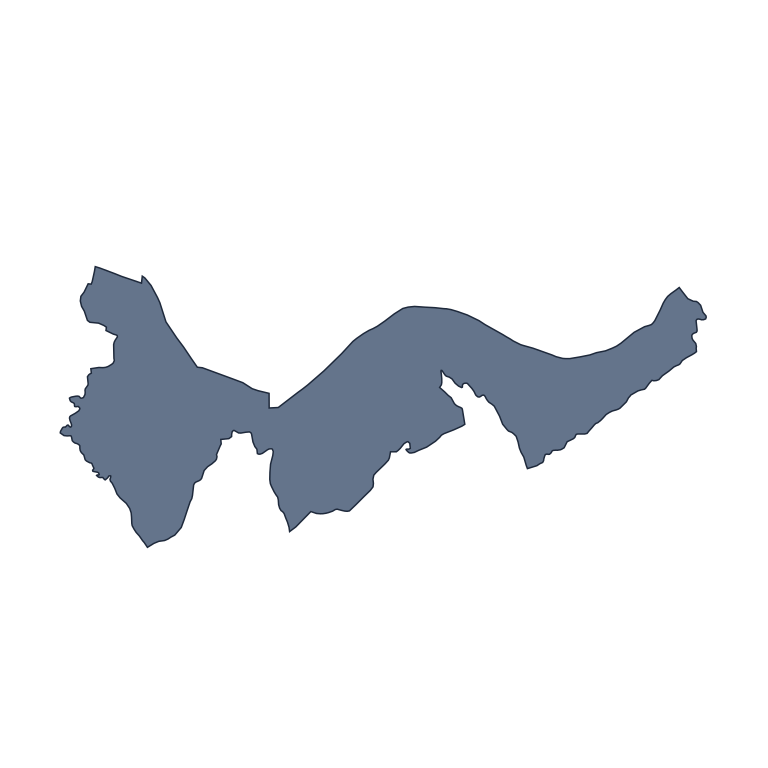 Thanh Thuy, Phú Thọ, Vietnam, rotated 265°
{"feature_id": "81297802B73795447547430", "entity_name": "Thanh Thuy", "entity_type": "district", "adm_level": 2, "iso_a3": "VNM", "parent_name": "Vietnam", "parent_adm1": "Phú Thọ", "projection": "albers", "projection_center": [105.283, 21.123], "detail": "fine", "context": "isolated", "style": "filled", "palette": "slate", "viewbox_px": 768, "rotation_deg": 265, "n_neighbors": 0, "source": "geoboundaries", "source_scale": "gbopen_adm2", "svg_char_len": 6073}
<svg xmlns="http://www.w3.org/2000/svg" viewBox="0 0 768 768"><g transform="rotate(265 384 384)"><path d="M526.1,106.6L521.2,105.3L511.3,102.2L509.0,101.0L509.6,98.0L501.6,93.2L497.8,89.7L493.2,88.7L487.7,89.5L482.7,91.8L473.2,94.1L471.1,96.4L469.5,105.0L466.7,110.1L464.8,112.4L461.5,111.7L457.3,118.7L456.1,121.7L455.6,122.4L454.1,122.5L451.3,120.2L449.2,118.9L446.8,118.1L433.1,117.2L431.0,117.4L430.1,117.0L428.2,115.8L427.0,113.8L425.5,110.7L424.9,108.4L424.8,106.8L424.8,105.3L425.3,101.4L424.8,93.3L420.3,93.4L419.5,91.6L418.8,90.6L417.1,89.2L410.0,89.3L408.6,88.9L405.2,86.0L403.8,85.6L401.8,85.6L399.6,85.2L396.7,83.4L396.2,81.6L396.4,80.6L398.3,79.1L398.7,77.5L398.7,75.8L398.3,71.8L397.9,70.3L397.3,69.4L395.3,69.8L394.6,70.0L393.4,71.0L392.2,73.1L391.4,73.8L389.1,73.8L388.6,73.9L388.2,75.1L388.3,77.4L387.0,78.6L385.8,78.9L383.9,77.6L381.8,74.0L379.5,68.9L378.7,68.1L377.5,67.7L375.1,68.0L371.7,69.0L370.3,69.2L368.9,68.9L368.3,68.0L369.0,67.0L370.6,65.8L370.6,64.9L368.9,62.9L369.0,61.4L368.7,60.3L367.8,59.5L365.0,57.6L363.5,57.2L360.5,60.7L359.9,63.8L359.8,67.0L359.5,67.7L358.3,68.1L354.7,68.5L353.3,69.6L352.1,71.0L351.3,73.2L350.1,74.8L348.9,75.6L346.3,75.4L344.1,75.6L342.1,76.5L339.4,78.8L334.6,79.7L333.2,80.9L332.2,82.4L331.2,84.0L330.8,85.3L330.3,86.0L328.0,86.7L325.6,87.6L325.0,87.6L323.5,86.2L322.4,86.4L321.9,87.9L321.1,90.8L320.4,91.9L318.6,92.4L318.2,91.7L318.4,90.3L317.9,89.7L316.2,91.3L315.5,92.9L315.5,94.7L315.4,95.7L313.9,96.7L313.0,97.5L312.8,98.0L314.7,100.6L316.3,101.8L316.5,103.2L316.1,103.8L314.7,103.5L312.9,102.7L311.1,103.0L308.8,104.6L303.5,106.7L297.7,108.4L293.5,111.2L287.5,116.9L282.2,119.8L277.7,120.9L273.4,120.9L267.0,120.6L264.8,120.8L261.3,122.3L257.7,124.2L254.0,127.0L248.9,129.9L247.0,131.3L241.9,134.1L245.3,140.9L246.9,146.0L247.2,151.8L248.4,155.4L250.0,158.3L251.7,162.4L258.7,169.5L266.5,173.2L274.7,176.7L283.6,180.6L286.5,182.5L289.7,183.5L300.1,185.6L301.9,186.8L302.8,188.3L303.7,191.1L304.6,192.9L305.9,194.1L313.5,197.3L317.0,201.1L319.5,205.6L322.1,209.2L323.6,210.5L326.1,211.3L328.3,211.0L336.6,215.4L338.5,216.6L343.0,216.6L343.1,224.7L344.9,227.6L347.4,227.9L349.7,228.6L350.8,229.9L350.8,230.7L347.9,234.9L347.6,237.2L348.0,242.2L348.0,245.8L347.1,247.1L345.7,247.7L337.7,248.4L332.9,249.9L330.1,251.7L325.7,251.8L325.1,252.9L324.9,254.3L325.5,256.8L328.7,262.3L329.3,263.9L329.3,266.1L328.8,267.1L326.4,267.8L322.6,267.0L314.0,264.0L306.1,262.7L298.9,261.9L294.6,262.1L291.7,263.0L286.3,265.1L282.9,266.8L280.6,268.2L277.7,268.6L273.0,268.5L269.4,269.2L266.9,270.4L265.6,271.9L263.7,273.2L259.2,274.4L254.8,275.8L249.5,276.9L245.2,277.1L249.3,283.7L263.3,300.0L260.9,305.5L260.3,309.1L260.1,311.6L260.3,314.8L260.7,317.4L261.8,321.7L263.2,324.5L263.4,326.4L261.7,331.0L260.8,333.9L260.4,336.2L260.6,338.5L266.9,346.3L273.9,354.6L279.2,361.1L282.5,364.1L285.9,364.8L290.1,364.7L294.1,365.9L296.6,368.5L304.2,377.9L307.7,381.7L309.9,382.9L315.9,384.6L315.4,390.4L316.7,392.4L318.4,394.5L322.8,398.7L324.2,401.4L324.5,402.8L322.7,404.5L317.6,404.6L316.9,402.9L317.2,401.2L316.9,400.3L316.0,400.6L313.9,402.4L313.1,403.4L312.9,405.1L313.2,408.3L314.9,412.8L317.4,421.0L322.5,430.3L326.0,434.8L328.0,436.7L329.3,439.4L332.2,449.3L335.2,457.9L336.8,461.0L351.5,459.9L352.9,459.6L353.9,458.3L354.7,456.7L355.7,455.0L356.8,453.7L358.3,452.4L364.5,449.7L367.1,446.9L370.8,443.8L375.7,439.1L378.2,441.1L380.4,441.7L384.2,442.0L388.9,442.0L391.9,441.8L392.6,442.2L392.4,442.9L387.6,445.6L386.4,446.7L385.1,449.7L383.0,452.3L378.6,454.9L375.4,458.1L373.7,461.0L374.0,461.8L376.2,462.1L377.4,463.1L377.7,464.4L377.7,466.0L377.3,467.1L372.0,471.1L368.8,473.0L365.1,474.4L364.2,475.1L363.0,476.4L362.7,477.7L363.1,479.0L364.2,480.8L364.3,482.0L363.9,482.9L362.7,483.7L360.6,484.5L358.7,485.5L356.7,486.9L354.5,489.7L352.3,491.9L341.9,496.3L333.6,498.7L328.0,502.5L326.3,503.9L324.6,507.2L323.1,508.8L320.4,511.1L314.6,512.5L308.4,513.3L304.0,514.6L299.0,516.9L290.5,518.6L287.2,519.5L289.3,529.2L291.0,532.3L292.0,535.2L293.7,536.3L295.5,536.7L298.5,537.9L299.7,538.6L300.0,540.2L299.6,541.5L299.6,542.8L300.9,544.5L302.7,545.7L303.1,546.7L303.1,549.6L302.9,550.8L303.1,554.1L303.6,555.5L304.8,557.9L310.5,561.4L311.1,562.9L311.7,564.6L313.0,567.9L314.1,569.4L316.1,570.4L317.1,571.2L317.3,572.5L316.7,579.6L317.1,582.0L319.2,584.0L322.1,587.1L324.9,589.9L326.2,591.5L326.8,593.6L329.1,597.0L330.9,599.1L334.2,602.6L336.0,606.0L337.2,609.1L338.0,613.3L338.6,615.4L339.3,616.9L345.1,623.9L349.0,626.4L350.2,627.8L351.5,628.9L355.0,636.4L355.7,639.7L356.1,643.1L357.0,644.3L361.7,648.4L364.3,651.2L363.7,653.1L363.7,655.6L364.4,658.2L368.0,662.1L372.1,669.1L375.7,674.2L376.8,677.0L377.4,679.2L378.2,680.6L381.4,683.2L383.9,687.7L386.3,693.3L387.7,696.1L389.0,698.1L392.3,698.1L394.2,698.5L397.2,698.1L400.8,695.6L402.6,694.9L405.3,694.8L406.6,695.5L407.5,696.9L408.3,699.7L409.5,700.5L411.2,700.6L419.9,700.4L421.1,701.3L421.4,702.6L421.0,704.3L420.3,705.9L420.2,708.0L420.8,710.1L422.4,710.8L423.8,710.7L427.6,708.0L434.8,706.3L437.7,704.0L439.0,702.4L439.5,699.3L442.5,694.1L449.9,689.3L454.4,686.5L452.2,683.1L449.0,677.7L446.5,674.2L443.6,671.6L440.2,669.2L433.5,665.5L423.5,659.3L421.6,657.6L419.9,655.6L419.2,652.9L418.4,648.6L413.7,637.7L404.0,623.6L401.4,618.9L399.8,614.5L397.7,607.5L396.7,598.4L395.0,591.6L393.9,581.6L393.1,571.3L393.5,566.9L393.9,564.3L396.2,557.8L398.2,554.1L406.7,535.5L410.2,526.2L411.3,523.5L415.6,516.5L417.9,513.6L420.3,510.1L422.9,506.6L434.3,489.9L438.8,484.2L445.5,473.0L449.9,463.3L452.3,457.2L453.5,452.7L453.8,450.4L455.6,441.3L457.0,431.3L458.6,421.2L458.5,414.7L457.6,409.3L453.0,400.4L446.5,390.1L442.1,382.4L440.1,377.8L438.8,373.9L435.9,367.8L431.8,360.7L429.1,356.7L417.9,344.4L402.3,325.3L389.6,307.8L386.1,302.4L383.2,297.6L369.8,276.6L370.1,267.5L384.7,268.7L388.3,258.0L390.8,252.3L397.6,243.5L402.7,232.8L416.0,204.5L417.0,199.5L425.9,194.4L438.4,187.5L447.9,181.6L464.9,172.2L484.5,167.8L489.9,165.9L502.5,160.5L510.5,155.0L512.5,152.6L505.6,151.2L514.1,131.9L517.4,125.4L524.2,111.2L526.1,106.6Z" fill="#64748b" stroke="#1e293b" stroke-width="1.5"/></g></svg>